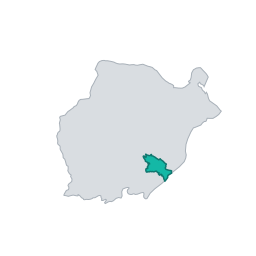 Olt on a map of Romania (orthographic projection), rotated 310°
{"feature_id": "ROU-126", "entity_name": "Olt", "entity_type": "County", "adm_level": 1, "iso_a3": "ROU", "parent_name": "Romania", "parent_adm1": "", "projection": "orthographic", "projection_center": [24.399, 44.334], "detail": "fine", "context": "in_parent", "style": "filled", "palette": "teal", "viewbox_px": 256, "rotation_deg": 310, "n_neighbors": 0, "source": "natural_earth", "source_scale": "10m", "svg_char_len": 5873}
<svg xmlns="http://www.w3.org/2000/svg" viewBox="0 0 256 256"><g transform="rotate(310 128 128)"><path d="M191.1,141.1L193.3,143.9L196.0,145.3L202.2,146.6L202.7,146.4L202.8,146.1L202.3,145.7L202.3,145.2L202.5,144.5L203.3,144.4L204.8,144.9L207.3,143.9L211.1,141.4L214.6,140.7L217.9,141.9L219.6,143.4L220.8,144.8L220.6,146.7L220.4,147.9L219.9,152.7L219.4,154.6L218.6,156.7L208.6,159.7L209.2,158.5L208.9,156.5L208.4,155.0L209.2,153.5L206.9,153.1L206.0,154.0L205.3,155.3L206.1,158.3L205.1,160.1L204.8,161.0L204.8,163.3L204.2,164.3L204.1,165.3L205.7,165.0L205.1,166.9L202.3,170.8L201.3,173.1L202.0,181.8L200.9,187.1L200.9,188.6L197.6,188.8L196.6,188.8L193.5,188.1L190.0,186.9L187.8,184.3L186.4,182.4L183.5,183.4L182.9,183.2L182.1,182.3L179.9,181.8L177.1,181.9L170.9,178.6L170.2,178.0L165.4,178.7L158.2,180.7L152.7,183.0L147.1,186.9L144.8,189.9L142.2,191.5L138.4,192.7L131.5,192.3L124.4,190.9L116.7,189.3L112.6,190.2L107.0,189.5L98.6,187.6L92.3,186.9L86.1,187.9L85.1,187.1L84.9,186.1L85.1,184.7L86.0,183.7L87.5,182.8L88.3,182.0L88.4,181.1L86.8,179.7L83.4,177.8L82.0,176.5L81.7,176.2L81.6,175.2L80.9,174.3L79.6,173.7L78.6,172.5L77.9,170.9L78.1,169.4L79.1,168.0L80.5,167.4L82.1,167.6L82.8,167.2L82.5,166.2L81.0,164.9L78.1,163.3L75.2,164.1L72.1,167.2L69.9,167.7L68.7,165.5L66.4,164.1L63.0,163.6L61.0,162.7L60.2,161.4L58.8,160.4L55.6,159.2L55.6,158.2L56.1,158.0L57.3,158.0L58.8,157.8L59.1,157.3L59.1,156.8L57.9,156.1L56.7,155.6L56.1,155.1L55.7,154.6L55.6,154.1L56.0,153.8L56.5,153.8L57.0,153.5L57.3,152.3L58.0,151.4L58.5,151.0L58.5,150.3L58.0,149.6L57.4,149.0L56.4,148.6L53.4,147.5L51.9,146.0L50.9,145.9L49.5,145.1L47.9,143.8L46.6,142.0L45.1,140.8L44.8,140.3L44.7,139.9L45.0,139.4L45.1,138.9L44.7,137.1L45.1,135.3L45.1,133.6L45.1,132.9L44.8,132.6L44.6,132.9L44.2,133.2L43.8,133.2L42.8,131.9L41.5,129.3L40.6,128.5L38.8,127.2L37.3,126.2L36.3,124.0L35.2,122.3L36.0,121.7L40.5,120.9L42.5,122.0L43.4,121.7L44.3,121.0L44.9,120.4L45.0,119.7L45.5,118.9L47.0,118.6L50.9,119.3L52.5,118.2L53.1,117.6L53.5,116.3L54.0,115.2L55.4,114.7L55.4,113.7L55.3,112.6L56.2,110.2L56.7,109.3L57.5,108.9L58.5,108.2L60.2,106.7L59.9,105.3L60.3,104.3L62.1,101.8L63.5,99.5L63.5,98.3L63.7,97.3L64.9,96.2L66.2,94.7L67.9,90.1L68.5,89.3L69.6,88.5L70.4,87.6L70.6,84.5L71.3,83.7L72.8,82.7L74.2,81.2L75.4,79.3L76.3,78.4L77.4,78.2L78.7,77.5L80.1,77.3L81.4,77.7L82.3,77.5L83.6,76.6L87.0,73.2L87.4,72.5L88.1,72.1L90.8,70.9L91.5,69.8L92.4,68.7L93.6,68.8L97.4,71.5L101.6,71.4L102.3,71.5L102.6,71.5L103.1,71.8L108.6,73.1L109.4,73.0L109.7,72.9L111.9,74.0L113.9,73.8L115.7,73.1L117.7,72.8L119.4,73.3L120.8,74.8L124.3,78.0L125.4,79.2L127.0,79.0L128.8,78.4L130.6,76.2L136.1,73.7L140.3,73.0L144.4,72.0L149.2,71.2L150.5,69.1L151.3,67.8L151.7,65.2L154.3,64.4L156.7,63.8L157.5,63.5L159.3,63.3L160.7,63.5L162.9,64.7L164.4,66.2L165.0,67.5L166.4,69.2L167.8,71.6L169.4,74.8L169.8,76.5L170.4,78.3L171.6,80.4L173.8,82.8L174.1,83.2L175.2,84.9L177.2,88.6L178.8,90.1L180.3,91.7L181.0,93.3L182.0,94.8L184.4,96.7L186.4,98.4L188.1,103.5L189.3,105.9L190.0,107.7L189.9,111.4L190.4,113.0L189.7,116.0L188.4,121.9L188.2,126.6L188.6,129.1L188.7,130.7L189.1,131.7L189.7,133.8L189.8,135.6L189.3,136.2L188.5,136.7L188.2,137.1L189.0,137.9L190.0,139.4L191.1,141.1Z" fill="#d9dde1" stroke="#a8b0b8" stroke-width="1"/><path d="M111.2,190.5L111.0,190.4L112.1,188.1L112.3,187.9L112.6,187.6L112.7,187.4L112.8,187.1L113.1,186.8L113.2,186.6L113.5,185.8L113.5,185.6L113.5,185.4L113.2,184.9L113.1,184.7L113.3,184.4L113.8,184.1L113.9,183.9L113.9,183.6L113.9,183.4L113.8,183.1L113.5,182.9L113.3,182.8L112.6,182.8L112.5,182.7L112.3,182.6L112.2,182.5L112.1,182.3L112.2,182.0L112.3,181.8L112.4,181.3L112.4,181.0L112.4,180.8L112.5,180.7L112.8,180.6L113.0,180.7L113.5,180.8L113.6,180.7L113.2,179.8L113.0,179.1L113.0,178.7L113.0,178.3L113.1,178.1L113.2,177.9L113.2,177.7L113.1,177.4L112.7,177.0L112.5,176.8L112.0,176.6L111.2,176.1L111.0,175.9L110.8,175.6L110.6,175.2L110.5,174.9L110.3,174.6L109.8,174.3L109.6,174.0L109.4,173.6L109.1,173.1L108.8,172.8L108.6,172.6L108.3,172.6L108.1,172.5L108.0,172.3L107.4,171.6L107.2,171.3L106.4,170.9L106.3,170.7L106.2,170.5L106.2,170.3L106.2,170.1L106.5,169.6L107.2,168.7L108.0,168.2L108.5,168.1L108.9,168.2L109.1,168.4L109.3,168.6L109.4,168.9L109.6,169.0L110.0,168.9L110.6,168.0L110.8,167.8L111.1,167.7L111.3,167.6L111.5,167.6L112.0,167.8L112.4,167.7L113.0,167.4L113.2,167.2L113.3,166.6L113.4,166.4L113.6,166.2L113.8,166.2L114.0,166.3L114.0,166.6L114.0,166.8L114.0,167.0L114.3,167.4L114.4,167.5L114.6,167.3L114.7,167.2L114.7,166.7L114.5,166.0L114.3,165.5L114.1,165.2L114.2,164.7L113.9,163.5L113.8,162.9L113.8,162.6L114.2,162.2L114.5,161.7L114.7,161.4L114.8,161.1L114.9,160.4L115.0,160.1L115.1,159.7L115.2,159.4L115.7,158.4L115.9,158.2L116.0,158.0L116.2,157.9L116.4,157.9L116.6,158.0L116.8,158.2L116.9,158.4L116.8,159.7L117.1,160.4L117.2,160.5L117.4,160.5L117.5,160.5L118.4,159.8L118.5,159.6L118.6,159.4L118.8,158.9L119.0,158.6L119.3,158.5L119.5,158.9L119.5,159.2L119.4,159.4L119.5,159.8L119.6,160.1L120.5,162.0L120.7,162.3L121.1,162.7L121.4,162.8L121.8,162.8L122.1,162.7L122.4,162.7L122.6,162.8L122.7,163.0L122.2,163.3L122.0,163.5L121.9,163.6L121.9,163.8L121.9,164.0L122.4,164.8L122.6,165.3L122.7,165.9L122.7,166.2L122.8,166.5L122.9,167.0L123.1,168.2L123.1,168.4L123.0,168.8L123.0,169.0L123.0,169.3L123.2,170.2L123.3,171.4L123.4,171.9L123.5,172.1L124.7,172.3L125.1,172.6L124.9,173.2L124.9,173.5L124.9,174.0L125.0,175.2L125.1,176.5L125.0,177.2L124.8,178.1L124.8,178.9L124.8,179.3L124.9,179.8L125.0,180.3L124.9,180.6L124.6,180.7L123.9,180.9L123.7,180.9L123.4,181.1L122.8,181.8L122.6,181.9L122.3,182.0L122.0,182.0L121.6,182.1L121.3,182.3L120.9,182.9L120.7,183.3L120.8,183.8L121.4,185.4L122.1,186.9L123.0,188.3L123.1,188.8L123.1,189.0L122.9,189.1L122.3,189.4L122.1,189.6L121.8,189.8L121.4,190.4L118.1,189.2L117.4,189.1L116.7,189.3L115.6,190.2L115.2,190.3L114.8,190.3L111.2,190.5Z" fill="#14b8a6" stroke="#0f766e" stroke-width="1.5"/></g></svg>